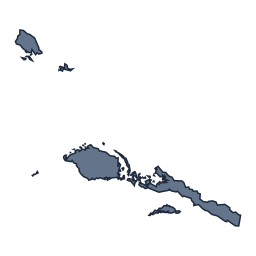 outline of Kavieng District, New Ireland, Papua New Guinea
{"feature_id": "67681753B13414924819531", "entity_name": "Kavieng District", "entity_type": "district", "adm_level": 2, "iso_a3": "PNG", "parent_name": "Papua New Guinea", "parent_adm1": "New Ireland", "projection": "mercator", "projection_center": [150.489, -2.205], "detail": "fine", "context": "isolated", "style": "filled", "palette": "slate", "viewbox_px": 256, "rotation_deg": 0, "n_neighbors": 0, "source": "geoboundaries", "source_scale": "gbopen_adm2", "svg_char_len": 5956}
<svg xmlns="http://www.w3.org/2000/svg" viewBox="0 0 256 256"><path d="M93.4,147.6L90.8,144.7L88.1,145.9L87.3,146.9L88.5,148.2L86.5,148.4L85.3,147.2L85.4,150.0L81.3,148.8L81.2,150.4L79.3,151.4L79.1,150.1L77.1,149.8L75.2,151.4L75.7,152.8L69.8,155.1L66.5,159.4L65.8,158.7L66.6,157.3L65.5,156.2L66.3,155.2L65.3,155.1L63.6,156.6L63.8,158.3L65.2,160.6L71.1,161.7L72.1,160.5L73.8,162.9L76.6,163.9L76.4,165.7L79.3,169.0L78.9,170.4L80.4,173.3L83.6,176.6L87.7,178.4L88.7,180.2L92.1,179.2L92.2,178.3L94.6,179.7L96.6,178.0L98.4,178.6L99.9,177.7L104.5,179.3L104.1,178.3L106.4,177.2L107.2,178.2L107.7,177.2L107.4,179.0L109.7,177.6L110.6,178.1L107.3,179.3L107.5,180.1L112.0,177.9L118.9,177.1L119.4,175.3L118.4,175.2L117.7,173.4L118.6,173.6L118.6,170.6L120.5,164.8L119.3,163.3L117.9,166.8L118.1,157.8L116.2,158.3L114.6,156.3L110.1,155.8L106.1,152.3L99.2,150.7L98.2,148.7L93.4,147.6ZM240.6,215.2L238.9,215.0L235.8,212.1L232.8,212.6L229.7,209.6L229.7,207.8L224.9,204.4L217.4,205.0L216.0,202.0L212.5,200.9L208.5,201.4L207.6,202.3L203.2,201.6L199.9,199.0L200.2,193.9L197.9,193.1L197.2,191.1L193.2,191.2L192.4,189.6L189.5,189.1L188.7,187.0L185.6,187.4L183.8,182.6L182.0,181.0L174.1,180.6L172.0,177.2L168.8,176.0L165.7,172.5L162.9,172.2L158.0,166.3L156.6,167.5L156.8,169.3L155.1,173.2L156.6,173.0L160.1,176.8L162.5,176.5L162.4,175.3L163.6,176.7L164.6,175.4L165.6,177.0L165.1,177.7L163.2,178.1L162.8,177.9L162.5,179.4L163.0,179.9L164.2,178.9L167.8,180.3L164.0,181.6L166.0,182.5L163.1,182.8L162.1,182.0L160.9,183.1L159.8,181.6L158.6,182.9L159.0,184.1L157.8,183.4L156.7,184.3L156.4,186.8L150.1,183.3L146.9,185.9L149.2,188.3L158.9,192.2L169.5,190.1L168.9,188.8L171.4,190.9L176.1,191.9L177.4,191.2L182.6,196.7L184.0,196.1L191.1,198.4L191.6,200.5L195.8,205.2L198.5,204.6L202.1,208.2L205.4,210.6L207.3,210.6L211.8,214.4L217.3,215.9L225.0,221.2L226.7,221.7L227.4,220.3L235.1,225.7L238.7,226.0L240.6,215.2ZM27.5,34.0L23.5,30.5L19.9,30.0L19.8,34.6L17.8,36.0L17.4,38.7L15.4,41.4L16.4,43.9L20.2,45.1L23.2,48.8L28.7,52.6L31.4,52.3L32.0,49.6L35.6,54.7L37.1,52.7L38.8,54.1L41.9,53.2L41.7,51.7L38.7,49.5L38.9,48.0L34.6,38.0L29.6,34.3L27.5,34.0ZM166.9,204.8L166.7,205.7L164.0,205.7L161.6,208.3L159.1,208.3L157.3,210.9L155.1,210.2L151.7,213.9L152.8,214.6L156.2,212.6L157.8,213.3L158.7,212.1L160.5,212.2L159.1,211.1L160.0,210.2L161.0,211.5L162.5,211.0L163.1,212.0L163.7,211.2L165.9,212.6L167.8,212.4L167.9,211.5L166.0,211.7L168.3,211.2L168.8,212.9L172.0,212.9L175.5,211.6L176.1,213.2L178.6,213.0L180.3,211.7L179.3,210.9L175.4,211.0L175.0,209.2L173.0,207.4L169.0,206.3L166.9,204.8ZM67.4,67.9L67.1,65.4L64.9,63.8L64.4,67.8L60.1,66.4L59.5,67.0L61.0,68.7L59.9,69.9L62.5,71.1L63.2,68.9L70.5,70.8L72.7,68.9L69.9,69.4L67.4,67.9ZM131.9,179.2L128.1,178.6L127.3,180.2L131.1,181.6L134.4,185.6L134.6,183.6L136.6,180.7L133.2,180.7L131.9,179.2ZM139.6,183.2L138.9,184.8L141.7,187.0L143.0,186.8L145.2,188.6L148.4,187.7L143.9,184.3L139.6,183.2ZM150.5,182.3L148.7,179.8L145.3,181.3L146.5,185.3L150.5,182.3ZM137.3,177.6L135.3,172.2L132.8,174.2L133.1,175.5L135.0,176.0L136.7,177.9L137.3,177.6ZM127.7,162.5L126.0,158.4L123.8,157.5L125.8,162.7L126.6,163.6L127.7,162.5ZM128.7,167.6L129.5,167.1L129.2,165.0L127.7,163.5L126.5,163.8L126.6,165.2L128.7,167.6ZM29.3,56.5L26.5,56.2L26.1,56.6L27.9,56.6L29.9,59.5L32.3,60.6L29.3,56.5ZM129.6,172.7L130.1,170.5L128.8,169.4L127.4,171.9L129.6,172.7ZM121.9,155.0L117.3,152.2L122.0,157.0L121.9,155.0ZM25.8,58.6L21.9,57.7L23.8,59.7L25.7,59.5L25.8,58.6ZM140.3,176.8L138.9,177.2L139.2,179.0L141.1,178.0L140.3,176.8ZM120.3,178.1L119.7,177.5L117.4,177.9L118.4,179.3L120.3,178.1ZM124.4,178.5L124.3,175.7L123.6,175.5L122.9,177.4L124.4,178.5ZM123.0,178.2L120.6,178.2L120.9,179.9L123.1,179.0L123.0,178.2ZM134.7,172.3L134.3,171.7L132.3,173.2L131.6,174.9L134.7,172.3ZM123.5,167.7L122.0,168.4L123.0,170.1L123.8,168.5L123.5,167.7ZM38.1,172.9L37.2,171.5L36.0,173.9L38.1,172.9ZM150.1,215.5L151.0,214.4L150.8,213.2L148.9,215.3L150.1,215.5ZM123.0,156.0L122.2,157.3L123.3,158.1L123.7,156.6L123.0,156.0ZM144.1,178.1L145.6,178.1L145.2,177.1L144.1,178.1ZM103.9,144.6L104.2,143.6L103.3,142.8L102.8,143.6L103.9,144.6ZM128.6,175.4L129.0,174.3L128.5,173.6L127.8,174.4L128.6,175.4ZM150.5,180.7L151.2,180.0L150.0,179.4L149.9,180.0L150.5,180.7ZM163.4,179.8L165.1,179.8L164.2,179.1L163.4,179.8ZM138.7,175.5L140.0,173.8L139.9,173.6L138.6,174.6L138.7,175.5ZM150.1,177.3L150.1,176.4L149.4,176.2L149.2,177.1L150.1,177.3ZM30.0,55.5L31.8,54.3L31.6,53.6L30.0,55.5ZM140.0,179.7L139.2,180.5L140.1,180.4L140.0,179.7ZM130.0,175.0L131.4,175.2L131.5,174.9L130.0,175.0ZM117.0,152.3L116.3,151.2L115.1,150.8L115.9,151.8L117.0,152.3ZM26.2,51.5L25.0,51.4L26.3,52.2L26.2,51.5ZM133.0,177.7L133.3,176.8L133.0,176.4L132.4,177.0L133.0,177.7ZM155.5,169.3L156.0,168.1L155.7,167.8L155.0,168.5L155.5,169.3ZM82.3,145.2L83.3,145.6L83.4,145.3L82.3,145.2ZM120.5,171.3L120.2,170.2L119.5,171.2L120.5,171.3ZM81.2,147.5L80.6,146.9L79.9,147.1L80.3,147.7L81.2,147.5ZM139.9,182.4L140.9,182.5L140.5,181.9L139.9,182.4ZM119.7,174.9L119.8,174.1L119.1,173.9L118.9,174.3L119.7,174.9ZM133.7,179.7L134.1,179.2L133.8,178.6L133.2,178.9L133.7,179.7ZM153.6,175.5L154.4,175.7L153.8,174.8L153.6,175.5ZM170.2,206.4L169.7,205.8L168.9,206.1L170.2,206.4ZM137.1,179.7L137.9,179.3L137.4,179.1L137.1,179.7ZM33.6,175.0L34.5,174.4L34.7,174.2L33.8,174.2L33.6,175.0ZM105.6,178.9L105.3,178.1L104.6,178.8L105.6,178.9ZM161.2,212.3L161.8,211.7L161.1,211.8L161.2,212.3ZM153.3,181.6L154.0,181.7L153.8,181.0L153.3,181.6ZM33.0,175.4L31.8,175.1L32.8,175.9L33.0,175.4ZM148.9,177.1L148.7,176.3L147.9,176.1L148.9,177.1ZM73.8,149.4L74.5,149.6L74.5,149.2L73.8,149.4ZM163.2,177.7L164.6,177.4L163.2,177.7ZM59.0,70.3L59.7,69.9L59.1,69.5L59.0,70.3ZM69.6,152.7L70.6,152.6L70.5,152.4L69.6,152.7ZM193.9,205.6L194.5,205.2L193.8,205.0L193.9,205.6ZM164.0,212.2L163.6,212.5L164.8,212.2L164.0,212.2ZM142.5,177.5L143.1,177.6L142.7,177.2L142.5,177.5ZM129.7,168.3L129.5,167.5L128.9,167.7L129.7,168.3ZM85.2,144.0L85.8,143.6L85.1,143.7L85.2,144.0Z" fill="#64748b" stroke="#1e293b" stroke-width="1.5"/></svg>